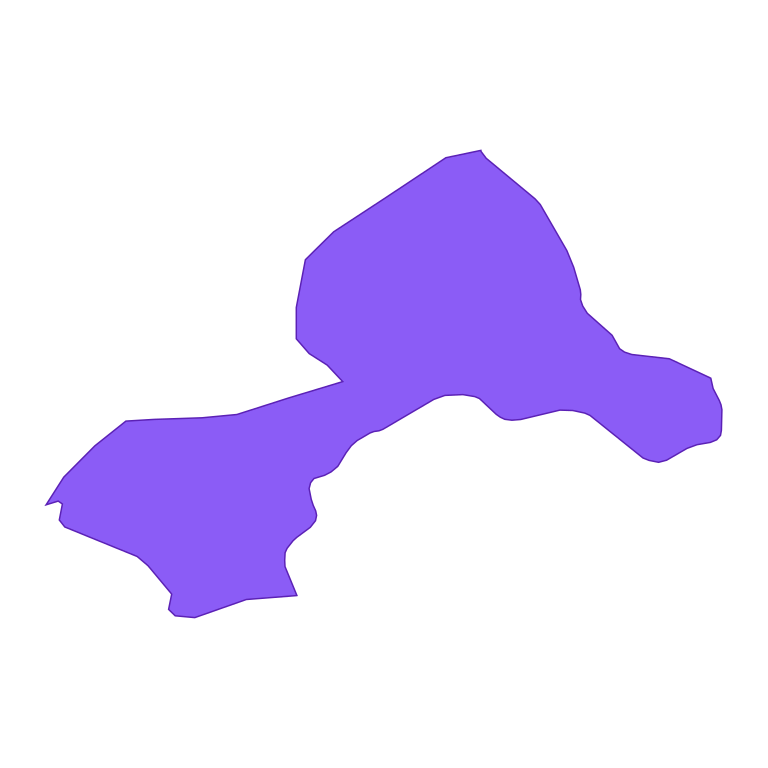 the border of Wrexham
{"feature_id": "GBR-2127", "entity_name": "Wrexham", "entity_type": "Unitary Authority (wales)", "adm_level": 1, "iso_a3": "GBR", "parent_name": "United Kingdom", "parent_adm1": "", "projection": "robinson", "projection_center": [-3.021, 52.962], "detail": "fine", "context": "isolated", "style": "filled", "palette": "violet", "viewbox_px": 768, "rotation_deg": 0, "n_neighbors": 0, "source": "natural_earth", "source_scale": "10m", "svg_char_len": 1385}
<svg xmlns="http://www.w3.org/2000/svg" viewBox="0 0 768 768"><path d="M480.9,150.4L481.0,151.4L486.2,158.3L535.1,198.9L540.3,204.6L566.8,250.5L573.7,267.3L580.3,289.8L580.8,294.5L580.5,299.6L582.7,306.0L587.3,313.3L612.1,335.3L619.6,348.7L624.5,352.1L631.8,354.5L669.4,358.8L710.4,378.0L710.8,378.2L713.1,388.5L719.3,400.5L721.0,404.8L721.9,409.7L721.4,430.3L720.5,435.4L716.7,439.8L710.4,442.4L697.0,444.7L687.0,448.4L666.6,460.2L658.6,462.3L649.1,460.4L643.0,458.0L590.0,415.4L584.8,413.1L572.8,410.5L559.9,410.1L520.7,419.5L511.9,420.2L504.8,419.3L500.3,417.2L496.2,414.3L479.4,398.5L474.8,396.6L462.9,394.6L444.9,395.4L433.8,399.4L382.9,429.3L379.0,430.8L374.0,431.5L370.0,433.0L357.2,440.5L351.3,445.7L346.1,452.7L337.8,466.3L331.1,471.9L324.6,475.3L314.0,478.5L310.6,482.7L309.1,488.6L311.2,499.2L313.2,505.3L315.7,510.9L316.6,515.4L315.5,520.7L310.3,527.3L296.7,537.4L293.0,540.8L287.1,548.3L285.1,552.7L284.7,560.3L285.0,566.6L296.9,595.5L296.4,595.6L246.3,599.5L194.8,617.6L175.2,615.8L168.6,609.4L171.7,594.1L148.0,565.7L137.2,556.5L64.8,527.0L59.3,520.0L62.4,504.0L58.2,501.1L46.1,504.8L63.8,477.1L94.9,445.8L125.9,421.1L154.3,419.4L202.0,417.8L236.9,414.5L288.5,398.0L342.7,381.6L327.2,365.1L309.2,353.6L296.3,338.8L296.3,307.5L305.4,259.7L314.8,250.4L333.8,231.7L384.0,198.8L445.9,157.7L480.3,150.5L480.9,150.4Z" fill="#8b5cf6" stroke="#5b21b6" stroke-width="1.5"/></svg>